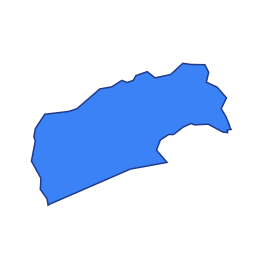 St Remy Estate, Soufrière, Saint Lucia, rotated 251°
{"feature_id": "8701671B98989854041717", "entity_name": "St Remy Estate", "entity_type": "district", "adm_level": 2, "iso_a3": "LCA", "parent_name": "Saint Lucia", "parent_adm1": "Soufrière", "projection": "robinson", "projection_center": [-61.046, 13.818], "detail": "fine", "context": "isolated", "style": "filled", "palette": "blue", "viewbox_px": 256, "rotation_deg": 251, "n_neighbors": 0, "source": "geoboundaries", "source_scale": "gbopen_adm2", "svg_char_len": 833}
<svg xmlns="http://www.w3.org/2000/svg" viewBox="0 0 256 256"><g transform="rotate(251 128 128)"><path d="M82.8,153.7L97.8,147.7L106.3,154.8L108.6,164.5L107.0,168.9L110.9,180.3L111.7,189.1L109.4,191.8L105.5,205.0L93.2,216.5L91.2,220.6L91.5,220.7L92.0,220.9L92.7,221.1L93.2,221.0L93.6,220.9L93.6,222.8L93.1,225.0L95.1,224.6L98.5,224.8L107.3,224.2L115.9,222.4L124.4,230.9L137.5,225.6L145.9,217.0L154.4,222.4L159.1,221.8L162.8,221.3L167.5,208.4L171.3,200.9L168.5,194.5L164.7,185.9L166.6,169.9L175.0,164.5L175.0,152.7L171.3,148.4L171.3,142.0L172.6,140.5L175.0,137.7L172.2,125.9L174.1,114.1L164.1,89.1L162.9,86.1L162.9,78.6L162.9,77.5L168.1,53.8L157.7,40.3L150.3,36.1L145.9,36.1L142.2,34.0L128.1,25.9L108.8,29.3L98.5,25.1L87.4,28.4L81.0,27.3L81.5,29.0L88.4,116.9L82.8,153.7Z" fill="#3b82f6" stroke="#1e3a8a" stroke-width="1.5"/></g></svg>